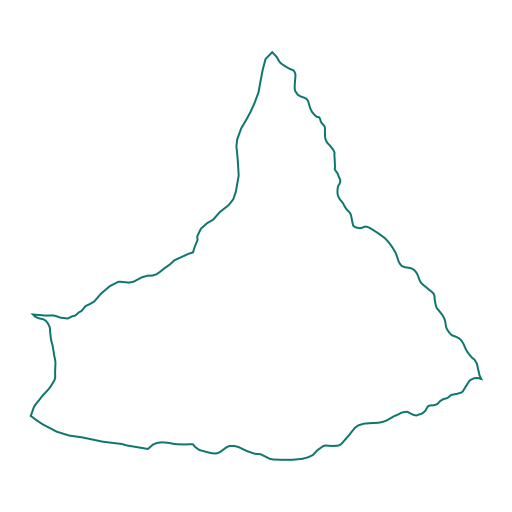 the district of Dungtoe, Samchi, Bhutan
{"feature_id": "84629894B66933064417365", "entity_name": "Dungtoe", "entity_type": "district", "adm_level": 2, "iso_a3": "BTN", "parent_name": "Bhutan", "parent_adm1": "Samchi", "projection": "mercator", "projection_center": [89.168, 27.049], "detail": "fine", "context": "isolated", "style": "outline", "palette": "teal", "viewbox_px": 512, "rotation_deg": 0, "n_neighbors": 0, "source": "geoboundaries", "source_scale": "gbopen_adm2", "svg_char_len": 4560}
<svg xmlns="http://www.w3.org/2000/svg" viewBox="0 0 512 512"><path d="M30.7,415.9L36.6,420.3L42.8,424.4L56.7,431.7L69.3,435.6L82.3,437.4L102.7,441.7L121.8,444.0L127.1,445.5L144.6,448.4L147.9,449.0L152.8,444.7L157.0,442.9L162.3,442.3L169.1,442.9L173.8,443.9L178.0,444.3L184.0,444.4L187.8,444.4L190.0,444.2L192.9,444.3L195.4,447.2L199.3,450.0L203.7,451.2L208.9,452.6L212.3,453.3L216.1,453.5L218.1,452.9L219.9,452.1L223.1,449.8L226.6,447.2L229.5,446.0L233.5,445.9L236.7,446.5L239.4,447.4L241.7,448.6L247.2,451.2L254.9,453.8L260.5,454.2L267.6,457.7L269.9,458.9L273.3,459.5L281.7,459.8L292.2,459.8L302.4,458.8L307.8,457.4L312.8,455.1L317.1,450.5L318.8,449.2L323.0,446.2L325.4,445.5L329.5,445.8L332.4,446.0L336.1,445.8L337.8,445.7L340.6,444.6L342.8,442.4L346.0,438.6L349.3,434.9L351.2,432.4L354.9,427.8L358.1,425.5L363.6,423.7L371.0,423.1L373.6,423.0L377.9,422.8L381.5,422.2L384.2,421.4L387.0,420.3L393.5,416.5L395.0,415.8L399.3,414.0L400.9,412.9L404.3,412.0L407.4,411.8L411.1,413.8L413.8,415.0L416.4,415.5L418.5,414.7L422.3,413.4L425.0,411.2L426.9,408.1L427.8,406.4L430.3,405.4L433.3,405.3L435.4,404.8L437.4,404.0L440.1,401.1L443.3,399.1L446.6,398.3L448.0,397.6L451.3,394.9L457.2,393.8L461.7,392.4L463.0,391.1L465.8,386.5L469.5,380.7L471.5,379.4L474.4,378.2L477.6,377.9L481.3,379.0L479.5,375.3L478.2,369.5L476.8,363.4L474.3,359.4L472.4,358.1L470.9,356.4L469.3,354.5L467.9,352.7L466.6,350.7L465.5,348.6L464.6,346.4L463.6,344.2L462.4,342.1L461.1,340.2L459.4,338.6L457.3,337.4L455.2,336.4L452.9,335.7L450.9,334.5L449.4,332.7L448.0,330.8L446.7,328.7L446.0,326.5L445.6,324.2L445.3,321.8L444.7,319.5L443.7,317.4L442.5,315.3L441.1,313.4L439.6,311.5L438.1,309.7L436.7,307.9L435.9,305.6L435.4,303.3L434.9,301.0L434.6,298.6L434.5,296.1L433.8,294.0L432.3,292.3L430.4,290.7L428.5,289.3L426.7,287.7L424.8,286.2L423.0,284.7L421.3,283.1L420.0,281.1L419.1,278.9L418.3,276.7L417.4,274.4L416.2,272.4L414.7,270.5L412.8,269.0L410.7,268.2L408.4,267.7L406.0,267.4L403.7,266.8L401.6,265.8L400.0,263.9L398.8,261.9L398.0,259.6L397.3,257.4L396.5,255.1L395.7,252.9L394.5,250.9L393.3,248.8L392.0,246.8L390.6,244.9L389.2,243.0L387.7,241.2L386.1,239.4L384.4,237.8L382.5,236.4L380.6,235.0L378.7,233.6L376.7,232.3L374.7,231.0L372.7,229.7L370.7,228.5L368.6,227.4L366.3,226.6L364.1,226.8L361.9,227.9L359.6,228.2L357.3,227.7L355.0,227.1L353.2,225.6L352.6,223.3L352.1,220.9L351.7,218.6L351.2,216.2L350.7,214.4L350.0,213.0L348.4,211.2L346.7,209.5L345.4,207.6L344.2,205.5L343.1,203.4L341.7,201.5L340.1,199.7L338.9,197.7L337.9,195.5L337.5,193.2L337.5,190.8L337.6,188.4L338.1,186.1L339.4,184.1L340.2,181.9L340.2,179.6L339.1,177.5L338.2,175.3L337.4,173.1L335.9,171.2L334.7,169.2L335.0,166.8L334.9,164.5L334.8,162.1L334.7,159.7L334.5,157.3L334.4,155.0L334.5,152.5L333.6,150.4L332.3,148.5L330.8,146.6L329.2,144.8L327.5,143.1L326.3,141.1L325.4,138.9L325.0,136.6L325.0,134.2L324.9,131.8L325.0,129.4L324.8,127.0L323.7,125.1L321.9,123.4L320.7,121.3L320.1,118.9L319.0,117.2L316.7,116.8L314.9,115.2L313.3,113.5L311.8,111.6L310.8,109.5L309.9,107.3L309.3,105.0L308.6,102.7L307.8,100.5L306.3,98.7L304.2,97.7L301.9,96.9L299.7,96.0L297.8,94.8L296.4,92.8L295.1,90.8L294.7,88.5L294.7,86.1L294.8,83.8L295.0,81.4L295.2,79.0L295.4,76.7L295.4,74.3L294.6,72.0L293.2,70.2L291.0,69.4L288.8,68.4L286.8,67.2L284.8,66.0L282.8,64.7L280.9,63.3L279.3,61.5L278.1,59.5L277.0,57.4L275.5,55.6L273.8,53.9L272.2,52.2L265.5,59.1L262.6,70.2L260.5,81.3L258.5,92.4L254.7,102.6L250.5,112.0L246.8,118.8L241.3,128.2L237.2,139.3L236.4,146.2L237.7,159.3L238.7,175.5L235.8,191.9L233.3,199.2L228.7,205.1L219.9,212.0L213.1,219.7L207.2,223.1L200.9,228.7L197.2,236.4L197.6,239.8L194.7,246.8L193.0,252.4L188.8,253.7L174.5,260.2L169.8,264.5L163.9,268.7L160.1,271.8L156.4,274.3L152.1,275.6L147.5,275.7L141.6,277.4L133.6,281.7L128.9,282.6L120.9,281.8L118.3,281.8L109.9,286.1L101.0,293.6L97.7,297.5L93.9,301.8L89.3,304.3L85.5,306.1L81.7,310.8L78.7,312.5L75.4,315.5L72.0,316.4L67.8,318.5L60.6,317.7L56.1,316.1L53.0,315.4L45.9,315.6L36.9,314.8L33.0,314.5L35.0,316.5L37.1,317.6L39.3,318.4L41.7,318.9L44.0,319.6L45.8,320.8L47.4,322.6L48.6,324.8L49.6,326.9L50.0,329.2L50.1,331.7L50.4,334.0L50.6,336.4L50.9,338.7L51.3,341.1L52.0,343.3L52.6,345.6L53.0,348.0L53.4,350.3L53.8,352.6L54.1,355.0L54.6,357.3L55.1,359.7L55.4,362.0L55.4,364.4L55.3,366.7L55.2,369.1L55.1,371.5L55.1,373.9L55.2,376.3L55.1,378.6L54.1,380.7L52.9,382.8L51.7,384.8L50.4,386.8L49.0,388.7L47.4,390.5L45.8,392.2L44.2,393.9L42.6,395.7L41.1,397.5L39.7,399.4L38.2,401.2L36.6,403.1L35.2,405.0L34.0,406.9L33.1,409.1L32.4,411.4L31.6,413.7L30.7,415.9Z" fill="none" stroke="#0f766e" stroke-width="2"/></svg>